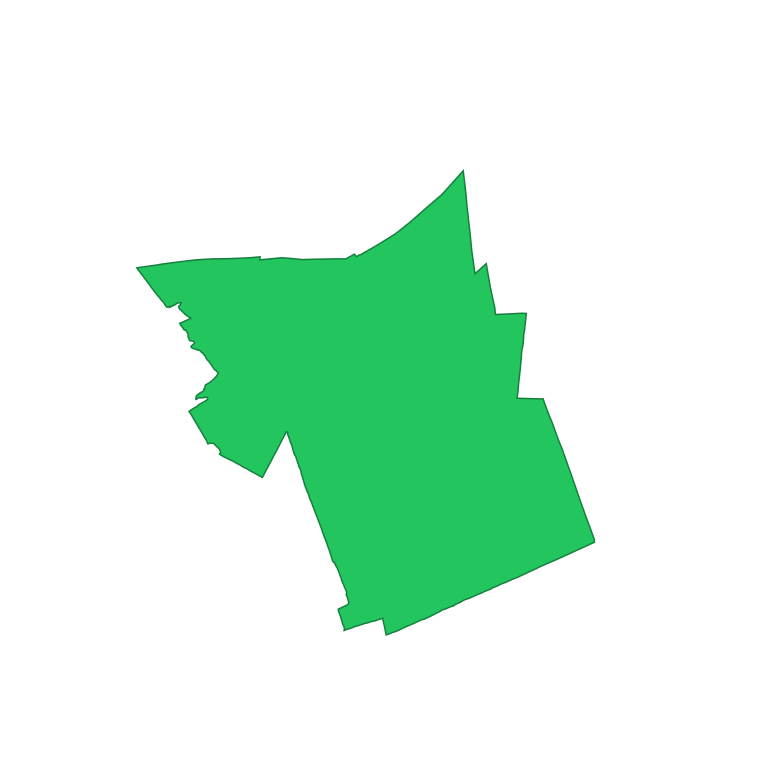 Garla Mare, Mehedinti, Romania, rotated 131°
{"feature_id": "2599482B64149549222461", "entity_name": "Garla Mare", "entity_type": "district", "adm_level": 2, "iso_a3": "ROU", "parent_name": "Romania", "parent_adm1": "Mehedinti", "projection": "albers", "projection_center": [22.804, 44.221], "detail": "fine", "context": "isolated", "style": "filled", "palette": "green", "viewbox_px": 768, "rotation_deg": 131, "n_neighbors": 0, "source": "geoboundaries", "source_scale": "gbopen_adm2", "svg_char_len": 6135}
<svg xmlns="http://www.w3.org/2000/svg" viewBox="0 0 768 768"><g transform="rotate(131 384 384)"><path d="M554.0,297.6L556.2,293.5L557.2,291.8L558.5,289.3L558.9,288.6L559.9,287.3L562.2,282.4L563.2,280.6L565.1,276.5L565.9,275.3L566.4,275.0L566.8,274.9L567.4,274.6L568.2,273.6L569.2,271.4L570.6,269.4L571.9,267.3L572.9,266.9L573.9,266.7L574.8,266.8L583.7,270.7L584.1,270.7L584.3,270.6L585.3,269.2L588.4,263.7L589.1,262.8L589.7,261.5L592.4,257.4L592.7,256.4L593.6,254.6L594.2,254.0L594.5,253.5L595.0,252.8L595.5,252.6L595.9,252.5L596.9,252.8L595.2,251.8L593.9,251.3L592.9,250.6L589.2,248.3L587.1,247.3L586.8,247.0L585.3,246.5L584.2,245.4L583.8,245.2L580.6,243.4L578.6,242.1L577.7,241.7L574.7,239.4L571.6,237.7L569.6,236.1L568.7,235.4L567.8,234.8L566.9,234.5L563.6,232.5L561.5,231.0L561.6,230.9L562.2,230.8L567.8,223.1L572.0,217.7L565.6,214.3L562.8,212.6L560.1,211.3L554.1,208.8L544.7,204.2L542.9,203.5L536.8,200.7L536.6,200.4L535.1,199.4L531.4,197.7L528.7,196.5L524.8,195.0L523.0,194.2L518.3,192.3L517.8,192.4L517.2,192.2L516.2,191.8L513.1,189.8L510.7,188.8L510.0,188.3L507.5,187.2L506.5,186.4L506.0,186.3L505.5,186.1L505.0,185.5L504.8,185.5L504.4,185.7L503.8,185.7L503.2,185.4L498.7,183.2L496.3,182.5L494.9,182.0L493.1,181.1L490.3,179.4L489.5,179.1L488.6,178.5L486.2,177.4L482.0,175.5L480.2,174.6L479.1,173.9L475.3,172.3L470.0,169.6L468.8,168.9L468.5,168.8L467.9,168.7L467.3,168.6L464.9,167.4L460.8,165.4L459.3,165.0L454.2,162.2L450.3,160.4L445.5,158.1L444.7,157.7L442.9,156.7L432.6,152.1L430.0,151.0L426.0,149.1L424.7,148.6L422.7,147.6L421.7,147.3L420.2,146.7L415.1,144.2L414.4,144.0L413.3,143.5L404.6,139.2L395.1,134.9L387.5,131.4L381.4,128.7L376.1,126.2L366.3,121.8L365.4,121.3L363.4,123.2L356.7,135.2L351.1,145.5L343.8,158.5L330.5,181.6L320.9,198.6L315.9,207.5L312.8,213.7L303.0,231.4L298.9,239.6L293.7,249.2L290.8,254.3L292.1,255.5L307.5,274.3L303.6,276.7L295.2,282.8L285.0,289.8L273.1,298.3L271.0,300.1L267.2,302.6L262.2,305.4L255.0,311.0L251.4,313.0L248.1,315.5L242.4,319.3L237.4,322.9L240.1,326.3L251.9,338.6L258.4,345.4L256.9,347.2L254.1,350.0L242.1,366.1L226.1,385.8L236.6,387.1L241.0,387.7L237.5,391.8L226.1,404.9L214.2,417.5L195.0,438.4L187.6,446.0L182.8,451.2L171.1,464.1L198.1,464.5L203.6,464.7L223.9,467.7L244.3,470.4L263.1,473.9L282.4,479.8L302.0,486.6L302.9,487.3L305.9,488.2L305.5,491.6L314.5,494.8L322.0,503.4L336.6,519.6L343.7,527.3L351.6,538.4L355.8,544.0L371.8,559.2L369.3,560.9L377.2,568.5L391.7,583.9L402.5,595.9L412.8,606.5L420.5,613.6L434.6,626.2L441.0,631.8L441.7,632.2L456.9,645.4L458.6,646.7L463.1,625.3L463.7,623.5L464.3,620.3L465.8,612.7L466.3,609.2L466.6,608.5L466.7,608.0L466.8,606.9L467.0,605.6L466.9,605.0L467.1,603.8L468.2,600.2L468.5,598.3L467.1,597.2L466.7,597.1L465.7,596.2L465.8,596.0L466.3,595.9L463.4,594.5L463.1,594.6L462.7,594.8L462.3,594.4L461.3,593.6L460.9,593.4L460.6,593.4L460.4,593.5L459.8,593.5L459.2,593.2L458.8,593.2L458.2,592.8L458.0,592.5L456.5,591.4L455.7,591.0L455.6,590.8L455.9,590.2L456.1,590.1L456.6,589.9L458.6,589.7L459.5,589.9L460.2,589.9L460.4,589.8L460.4,589.5L461.4,588.1L461.5,587.2L461.5,585.7L461.5,584.3L461.6,584.1L461.9,580.4L461.9,578.9L461.5,575.3L461.2,574.2L461.2,572.9L463.5,573.9L467.4,575.7L469.4,576.5L472.2,578.0L472.3,577.5L472.7,576.8L472.9,576.3L472.9,575.8L473.0,575.4L473.3,574.3L473.4,573.5L473.5,572.7L473.7,572.2L474.0,571.8L474.3,570.6L474.2,570.1L473.8,570.1L473.6,569.1L473.7,568.5L473.9,567.4L474.2,566.6L474.4,565.5L475.3,564.2L476.1,563.6L477.1,562.6L477.4,561.6L477.8,560.9L478.3,560.3L478.5,559.9L478.7,559.3L478.4,558.3L477.9,557.8L477.4,557.1L477.1,556.3L476.9,555.7L476.8,555.3L477.0,554.2L477.4,553.8L477.7,553.7L480.2,554.2L482.5,554.2L482.8,552.9L482.6,551.9L482.2,550.6L481.7,549.9L481.3,549.1L481.2,548.2L480.5,546.7L479.9,546.0L479.6,545.3L479.5,544.2L479.7,543.3L479.8,542.7L479.6,541.4L479.7,540.4L479.9,539.6L480.3,537.1L481.1,535.3L481.5,533.8L481.7,533.4L481.9,532.8L481.8,532.0L481.8,530.9L482.2,530.0L482.5,528.0L483.0,526.3L483.3,525.4L483.8,523.3L484.2,522.2L484.3,521.2L484.2,519.8L484.2,519.1L484.4,517.2L484.4,516.5L484.5,516.2L485.0,516.0L486.3,515.9L487.6,515.6L492.3,515.7L497.1,516.5L501.2,517.9L502.1,518.1L502.6,517.9L503.6,516.9L505.9,516.7L507.0,515.7L507.7,515.5L510.9,516.9L515.6,517.8L516.5,517.6L517.6,517.0L518.6,516.3L519.0,515.8L518.4,515.4L517.1,515.3L515.5,514.3L514.2,512.5L510.6,509.5L510.1,508.7L510.1,508.1L511.1,507.3L512.8,507.3L516.8,508.6L521.0,510.3L521.6,510.1L523.3,510.5L524.1,510.3L525.3,511.2L527.0,511.7L529.0,512.2L530.2,512.6L532.3,513.2L532.7,513.1L532.6,512.7L533.9,508.6L540.8,488.0L542.3,483.8L542.7,482.2L543.6,479.7L544.5,478.4L544.7,477.6L544.4,477.3L543.9,477.0L542.5,476.4L542.2,476.1L542.1,475.8L541.9,475.1L541.7,474.9L541.4,474.7L540.7,474.1L540.6,473.8L541.0,469.1L540.9,467.9L541.1,465.8L542.1,463.4L542.5,462.6L542.7,462.3L544.6,462.4L544.8,462.2L544.8,461.0L544.2,457.9L543.4,455.1L542.7,452.1L542.0,449.5L540.9,445.8L540.9,445.3L540.8,444.4L540.5,442.8L539.7,440.2L539.3,437.3L539.1,435.8L538.6,434.0L537.8,431.4L537.7,430.5L537.6,429.6L537.3,427.9L535.5,420.2L535.1,417.9L534.5,415.5L534.4,414.5L534.0,414.5L525.4,416.6L519.5,417.9L509.6,420.3L506.1,421.0L493.3,424.2L489.5,425.1L488.5,425.3L484.2,426.4L483.6,425.0L484.4,424.4L485.3,423.4L487.5,419.4L488.1,418.5L489.7,415.7L490.6,413.6L491.7,412.1L491.8,411.7L493.3,409.6L493.8,409.0L494.3,408.3L494.4,407.9L494.9,407.1L495.1,406.8L496.1,405.0L496.4,403.8L497.0,402.4L499.1,398.9L499.7,398.2L500.5,396.6L500.9,395.7L502.4,393.7L502.7,392.6L503.4,391.2L503.9,390.1L504.5,389.2L505.0,388.5L505.9,387.7L506.9,386.1L507.4,384.9L507.8,384.5L509.5,381.7L511.8,378.3L513.6,375.1L514.7,372.9L515.7,371.4L515.9,370.5L516.3,369.6L516.4,369.1L517.0,368.3L518.3,366.3L519.1,365.0L520.3,362.5L520.5,361.7L523.0,357.4L523.5,356.4L523.8,355.6L526.4,351.1L527.0,349.7L532.6,339.3L533.9,336.9L534.9,335.0L536.0,333.4L536.8,331.9L539.4,327.1L539.9,326.0L541.2,323.7L541.6,322.9L543.1,320.4L543.8,319.0L544.3,318.2L546.3,314.6L547.0,313.5L547.6,312.8L547.8,312.3L550.2,308.4L550.7,307.8L551.0,307.2L551.5,305.8L551.6,305.0L551.6,304.5L551.1,304.1L552.5,301.9L554.0,297.6Z" fill="#22c55e" stroke="#15803d" stroke-width="1.5"/></g></svg>